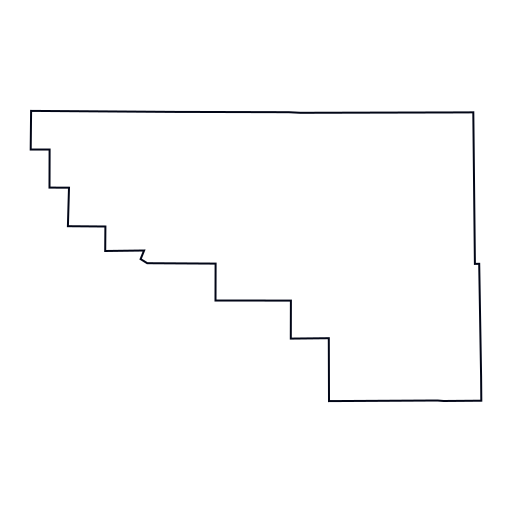 outline of Washakie, Wyoming, United States of America
{"feature_id": "52423323B98005651904481", "entity_name": "Washakie", "entity_type": "district", "adm_level": 2, "iso_a3": "USA", "parent_name": "United States of America", "parent_adm1": "Wyoming", "projection": "orthographic", "projection_center": [-107.8, 43.834], "detail": "fine", "context": "isolated", "style": "outline", "palette": "ink", "viewbox_px": 512, "rotation_deg": 0, "n_neighbors": 0, "source": "geoboundaries", "source_scale": "gbopen_adm2", "svg_char_len": 481}
<svg xmlns="http://www.w3.org/2000/svg" viewBox="0 0 512 512"><path d="M481.3,400.7L481.1,376.8L479.2,263.8L474.9,263.9L473.3,112.3L467.7,112.4L300.3,112.8L288.8,112.2L174.1,111.9L31.1,110.9L30.7,149.5L49.6,149.5L49.5,187.6L69.0,187.7L67.9,226.2L105.4,226.5L105.2,251.0L144.1,250.5L140.6,259.1L147.2,263.2L215.6,263.6L215.5,300.5L290.9,300.6L290.8,338.6L328.8,338.2L329.0,401.1L347.9,401.0L437.3,400.5L443.6,401.0L481.3,400.7Z" fill="none" stroke="#020617" stroke-width="2"/></svg>